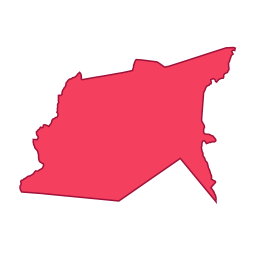 the district of Euclides da Cunha, Bahia, Brazil, rotated 178°
{"feature_id": "56859067B4723677873776", "entity_name": "Euclides da Cunha", "entity_type": "district", "adm_level": 2, "iso_a3": "BRA", "parent_name": "Brazil", "parent_adm1": "Bahia", "projection": "robinson", "projection_center": [-38.934, -10.468], "detail": "fine", "context": "isolated", "style": "filled", "palette": "rose", "viewbox_px": 256, "rotation_deg": 178, "n_neighbors": 0, "source": "geoboundaries", "source_scale": "gbopen_adm2", "svg_char_len": 3495}
<svg xmlns="http://www.w3.org/2000/svg" viewBox="0 0 256 256"><g transform="rotate(178 128 128)"><path d="M212.5,133.7L212.9,131.8L213.9,131.3L215.3,131.9L216.1,130.9L216.6,130.0L217.8,129.3L218.6,128.1L219.6,127.6L219.7,126.5L219.5,124.9L219.1,123.7L218.1,122.7L218.0,121.6L218.7,120.5L219.4,119.4L220.7,119.7L223.1,119.9L223.0,118.5L223.3,117.5L223.0,115.9L222.8,114.5L222.2,113.2L221.8,111.7L221.2,110.5L220.5,109.9L219.6,108.7L218.9,107.1L218.6,105.4L218.3,103.7L218.4,102.3L218.4,100.5L218.1,99.4L217.8,98.0L216.8,96.9L215.9,96.4L214.8,95.5L213.8,95.0L213.6,93.8L214.2,92.3L214.9,91.0L215.8,90.3L217.1,89.6L218.1,89.2L218.8,88.5L220.4,88.0L222.0,88.3L223.0,87.1L224.0,85.8L224.9,85.0L226.1,84.3L227.9,83.5L229.6,83.2L230.8,82.4L232.1,81.4L233.3,81.0L234.2,80.4L235.1,79.5L236.3,79.4L237.0,78.6L237.0,77.1L236.7,75.8L237.2,74.7L237.9,73.6L238.0,72.6L237.9,70.9L237.5,69.6L236.5,67.8L216.0,65.5L212.6,65.0L175.4,60.1L160.9,58.2L139.7,55.4L131.7,60.5L102.5,79.3L85.0,90.5L76.8,95.8L65.3,80.8L42.6,51.2L42.7,53.0L42.4,54.0L42.6,55.5L42.9,57.5L43.6,58.8L44.1,60.3L44.7,61.8L45.7,63.2L46.6,64.7L47.3,65.4L45.6,67.3L42.4,70.6L42.6,71.7L44.1,72.4L46.5,74.1L46.2,75.3L46.2,76.4L46.3,77.5L46.7,78.5L47.1,79.5L47.7,82.1L48.1,83.4L48.6,84.3L49.1,85.7L49.3,87.2L49.6,88.2L49.8,89.7L50.5,91.3L51.5,92.2L52.1,93.6L52.4,95.2L53.2,96.3L54.0,97.6L54.0,98.7L54.0,99.9L54.2,100.9L55.0,102.3L54.9,103.4L55.3,104.7L55.3,106.1L54.8,107.8L54.7,109.5L54.4,111.2L53.6,112.2L52.5,112.7L51.6,112.1L50.8,110.7L50.2,109.7L49.1,110.0L47.3,110.7L45.9,110.7L44.5,111.3L42.3,111.1L41.3,111.6L40.6,112.4L40.9,113.7L41.8,115.0L42.6,116.0L43.5,117.1L45.1,117.6L46.6,118.6L48.1,119.0L49.1,119.0L50.2,119.1L51.5,119.5L52.3,120.3L52.5,121.4L52.6,122.6L52.4,123.8L52.2,124.9L51.6,125.8L51.6,127.2L52.0,128.4L52.7,129.5L53.3,131.0L54.1,132.0L54.1,133.4L54.1,134.5L53.7,138.3L51.2,160.4L50.5,161.9L49.7,163.5L49.1,165.0L48.1,166.8L46.8,167.5L45.2,168.1L44.7,169.1L43.6,169.2L43.1,170.5L43.5,171.9L43.6,173.4L42.0,174.0L40.8,174.4L39.8,173.6L39.1,172.8L38.9,171.4L37.8,170.8L36.7,172.2L35.5,173.3L34.5,173.8L32.9,174.4L31.2,174.4L30.5,175.6L30.6,177.3L29.7,178.7L28.4,179.4L26.7,180.0L26.2,181.3L25.1,182.8L25.0,184.2L25.2,185.5L25.3,186.8L25.2,187.9L25.4,189.1L24.5,190.6L24.0,191.8L23.6,193.3L23.0,194.6L22.7,195.6L22.0,197.1L21.2,197.7L20.4,198.2L20.9,199.4L21.7,200.6L20.8,201.9L19.8,202.1L18.6,201.7L18.4,202.9L18.0,204.1L20.0,204.8L24.3,204.7L27.1,204.7L42.7,200.3L61.9,194.8L64.7,194.0L81.3,189.3L84.9,188.3L87.7,187.8L89.4,187.6L90.7,188.7L95.7,192.4L97.0,193.1L111.3,195.4L117.4,196.1L118.2,195.3L118.6,194.2L119.2,193.1L119.6,191.9L120.1,190.8L120.3,189.5L120.6,187.8L121.2,186.4L121.4,185.3L131.4,183.5L136.0,182.9L150.8,180.8L158.9,179.8L163.0,179.2L172.2,177.9L172.9,178.7L172.8,180.2L172.9,182.1L173.4,183.9L174.4,185.3L175.6,184.3L176.6,183.5L177.2,182.3L178.4,181.4L179.9,180.4L181.5,180.2L182.5,179.5L183.4,179.0L184.4,179.0L185.4,178.4L186.5,177.4L187.4,176.1L188.3,175.2L188.4,174.0L188.8,172.8L189.0,171.6L190.2,170.7L190.8,169.5L191.8,168.1L192.5,166.6L192.7,165.1L193.0,163.7L194.1,162.9L195.2,163.1L196.4,163.0L196.6,157.3L196.5,155.6L197.5,154.3L197.6,152.6L197.6,151.1L198.0,149.5L197.8,147.6L198.6,146.2L197.8,145.3L197.4,144.2L197.6,143.1L198.1,141.7L199.0,141.1L200.1,141.0L201.3,139.9L202.5,139.7L203.5,138.7L203.9,137.7L204.2,136.4L205.0,134.8L205.8,134.1L206.4,133.0L207.3,132.3L208.0,133.1L209.3,133.5L210.5,134.0L211.6,134.2L212.5,133.7Z" fill="#f43f5e" stroke="#9f1239" stroke-width="1.5"/></g></svg>